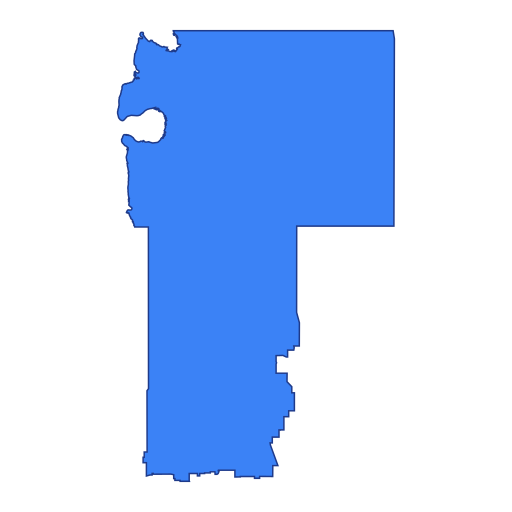 Mount Marshall, Western Australia, Australia (Natural Earth projection)
{"feature_id": "25037944B9675874244357", "entity_name": "Mount Marshall", "entity_type": "district", "adm_level": 2, "iso_a3": "AUS", "parent_name": "Australia", "parent_adm1": "Western Australia", "projection": "natural_earth1", "projection_center": [117.638, -30.294], "detail": "fine", "context": "isolated", "style": "filled", "palette": "blue", "viewbox_px": 512, "rotation_deg": 0, "n_neighbors": 0, "source": "geoboundaries", "source_scale": "gbopen_adm2", "svg_char_len": 5960}
<svg xmlns="http://www.w3.org/2000/svg" viewBox="0 0 512 512"><path d="M134.8,227.0L148.4,227.0L148.5,388.7L147.0,390.7L147.1,452.0L144.2,452.0L144.2,457.3L143.1,457.3L143.1,462.7L146.4,462.7L146.4,476.0L149.9,475.0L152.1,475.0L152.1,473.4L153.2,473.4L153.2,474.2L170.9,474.1L173.7,474.7L173.7,478.6L174.9,478.6L174.9,480.4L180.1,480.4L180.1,481.3L189.4,481.3L189.2,480.7L189.2,473.5L197.4,473.5L197.4,475.9L199.7,475.9L199.7,473.5L204.6,473.5L204.6,472.9L210.3,472.9L210.3,471.8L214.9,471.8L215.1,474.3L217.0,474.3L218.1,473.6L218.6,472.5L219.0,471.3L218.2,470.8L218.4,470.2L234.9,470.2L234.9,477.0L240.3,476.9L240.3,476.5L254.5,476.5L254.5,478.3L259.6,478.3L259.6,476.4L272.7,476.5L272.8,465.6L277.9,465.6L270.4,445.0L270.1,442.9L272.3,442.9L272.3,437.1L279.0,437.1L279.0,429.9L280.2,429.9L280.4,430.1L280.7,429.9L283.9,429.9L283.9,416.7L288.7,416.7L288.7,410.8L294.4,410.8L294.4,392.8L291.8,392.8L291.8,386.7L287.0,381.7L287.1,373.2L276.1,373.2L276.1,364.0L276.5,363.0L276.5,362.4L276.1,361.7L276.1,355.6L282.9,355.4L286.3,357.0L287.6,357.0L287.6,350.1L293.8,350.1L294.2,347.7L293.8,346.0L299.3,346.0L299.4,322.7L296.6,312.4L296.7,226.1L393.9,226.1L394.4,38.8L393.1,30.7L173.3,30.7L173.5,31.8L174.0,32.0L174.2,33.2L173.3,33.8L173.7,35.1L174.5,35.3L175.1,34.1L175.7,34.8L176.6,35.4L177.5,36.7L177.7,37.5L176.4,37.0L177.4,38.9L177.6,43.9L178.4,44.4L179.0,44.0L179.7,44.7L180.5,44.7L180.1,46.2L179.5,46.8L179.0,46.7L177.5,47.8L176.7,48.1L176.6,48.9L177.3,49.2L175.5,51.6L174.1,51.3L174.3,50.9L175.0,50.7L174.7,50.4L173.7,50.0L172.2,50.6L172.5,51.0L172.2,51.6L169.8,51.5L168.5,50.9L166.2,50.6L166.1,50.3L166.6,49.8L167.5,49.8L168.1,49.5L167.3,48.9L167.0,48.2L166.9,47.7L167.2,47.3L164.4,47.0L163.9,46.5L163.1,46.9L162.1,47.0L161.6,46.6L159.5,45.8L158.5,44.8L157.8,44.6L156.8,44.7L156.5,44.5L156.4,44.2L156.8,44.0L156.6,43.7L155.7,43.1L154.1,42.6L152.0,41.0L152.2,40.5L150.9,40.2L150.2,40.7L149.7,41.6L148.4,41.2L145.6,38.2L142.6,33.9L143.2,34.2L143.4,34.0L143.3,33.0L142.9,32.4L141.9,32.3L140.9,32.5L140.2,33.4L139.9,34.9L140.9,36.6L142.6,37.3L142.4,37.8L142.4,38.5L140.9,38.7L139.6,37.9L139.0,38.0L138.6,38.5L138.4,39.1L138.8,39.6L138.4,41.3L138.6,42.1L137.1,45.6L136.8,47.8L137.0,48.5L136.3,50.2L136.4,50.5L135.7,51.3L135.6,52.7L134.7,53.9L134.6,55.8L134.0,61.1L134.2,61.9L134.1,62.8L134.3,64.5L135.8,65.9L135.7,66.6L136.6,69.4L138.9,70.9L139.1,72.0L138.6,72.9L137.3,73.0L135.7,72.3L135.3,71.4L134.3,72.1L134.4,72.8L134.0,75.4L134.3,75.9L134.7,75.7L134.8,74.6L135.2,73.9L135.8,74.6L135.8,75.3L135.0,76.5L135.3,77.3L137.6,78.0L138.0,77.6L138.1,77.3L139.2,78.2L139.0,78.6L137.6,78.5L136.5,78.8L136.3,78.4L135.1,78.1L134.4,78.2L134.1,78.8L134.3,79.1L134.3,79.7L133.3,80.1L133.1,81.2L131.9,82.2L131.0,82.2L130.7,82.5L129.7,82.7L128.6,83.2L127.2,83.3L126.0,84.1L125.5,83.7L124.5,84.0L122.8,85.0L121.9,87.0L122.1,87.6L122.0,88.7L121.7,90.2L121.3,90.8L121.1,92.7L120.8,93.2L120.7,94.2L119.2,97.7L119.3,98.4L119.0,99.6L118.9,101.8L119.1,105.5L118.7,106.3L118.8,107.0L118.0,109.5L117.9,110.7L117.6,111.6L117.6,113.4L118.7,117.8L120.2,119.7L121.6,120.5L122.8,120.7L124.1,119.9L127.0,116.7L127.7,116.3L131.2,115.3L136.8,115.7L138.2,115.6L140.2,115.0L141.4,113.9L142.9,112.9L145.1,110.7L147.3,109.4L150.1,108.6L151.4,108.5L154.8,107.6L154.0,108.7L154.1,108.9L155.2,109.1L156.4,109.8L157.2,109.7L157.4,109.6L155.9,108.4L156.5,108.2L156.9,107.7L156.8,108.2L158.4,108.4L158.9,108.9L158.8,110.2L158.5,110.7L158.8,111.3L159.9,111.7L160.1,111.2L159.9,110.5L162.4,112.3L163.4,113.3L164.0,114.8L164.4,114.9L164.7,114.6L164.4,115.3L165.4,115.8L165.2,116.3L164.5,116.7L165.1,117.3L165.7,117.0L166.1,117.4L165.9,117.8L165.5,117.8L165.0,118.0L165.0,118.5L165.8,118.9L166.0,118.4L166.4,118.6L166.5,118.9L166.3,119.3L165.5,119.9L165.8,120.4L166.5,120.7L165.5,121.4L165.7,122.1L165.1,122.7L165.9,123.3L165.0,123.8L165.0,124.3L166.8,125.1L165.7,125.1L165.4,125.3L165.2,126.1L165.6,127.4L165.3,127.9L165.3,128.3L164.5,129.7L164.9,129.4L164.9,129.7L164.2,130.7L164.6,131.7L165.0,131.9L165.3,131.9L165.3,132.2L165.6,132.3L165.6,132.7L165.4,132.8L165.2,132.4L164.5,132.4L164.3,132.6L164.3,133.6L165.0,134.6L165.0,135.4L164.5,135.7L164.5,135.0L164.1,135.0L163.8,136.0L164.0,136.5L163.8,136.6L163.6,135.9L163.8,135.5L163.3,134.8L163.2,134.9L163.3,135.8L162.6,137.2L163.1,137.4L163.5,137.1L163.3,137.9L163.0,137.9L162.7,138.3L161.7,137.8L160.9,138.6L160.8,139.4L160.4,139.9L158.5,141.8L157.5,142.4L152.7,143.0L149.1,142.0L148.9,141.7L145.9,142.2L143.8,141.4L144.1,141.3L144.0,140.9L143.7,140.6L143.2,140.6L142.6,141.5L142.4,141.2L140.5,141.2L140.0,141.7L138.6,142.0L136.7,141.4L135.6,140.7L134.3,139.4L133.3,137.8L130.9,136.0L127.9,134.8L127.6,134.9L127.7,135.2L127.4,135.1L127.0,135.2L126.9,135.1L127.3,134.9L126.3,134.6L125.9,134.7L126.0,134.9L126.7,135.2L126.2,135.2L125.1,134.6L124.1,134.7L123.6,135.0L122.7,136.6L122.4,138.0L121.6,139.3L121.7,141.5L122.4,143.0L123.4,143.9L124.7,145.5L126.6,146.4L127.3,147.2L127.3,147.7L127.7,147.5L128.2,147.8L128.2,148.3L127.9,148.8L126.4,150.0L128.1,149.3L128.2,149.7L127.5,151.3L127.4,153.1L126.3,156.7L126.3,157.8L126.7,159.6L126.7,160.5L127.5,162.2L127.2,163.1L127.8,163.1L127.9,163.3L127.3,164.1L127.4,166.0L127.9,167.8L128.2,170.0L128.5,171.0L128.5,171.8L128.3,172.4L128.7,172.3L128.4,173.4L128.8,176.0L128.5,177.1L128.6,177.8L128.4,178.7L128.6,180.2L128.3,181.3L128.4,184.2L127.9,187.0L127.9,188.6L128.1,190.3L128.0,191.7L128.3,193.2L128.2,194.1L128.8,197.7L129.1,198.0L128.8,198.1L128.7,198.7L128.4,199.3L128.6,199.5L128.6,200.5L129.1,199.9L129.1,202.9L128.8,205.1L130.7,207.0L131.5,207.4L131.8,207.8L131.9,208.6L131.7,209.4L131.3,209.8L130.2,210.1L128.8,209.9L127.7,210.1L127.1,210.9L126.4,212.5L126.5,212.7L127.3,212.5L127.5,212.6L127.7,213.1L128.3,213.2L129.3,212.5L128.8,213.0L129.6,215.7L130.7,217.3L130.5,217.7L131.1,218.9L132.1,219.5L132.5,220.0L132.4,221.0L132.7,221.2L132.6,221.6L133.0,221.7L133.3,221.2L133.0,222.7L133.4,222.9L134.0,224.7L133.9,225.6L134.8,226.5L134.8,227.0Z" fill="#3b82f6" stroke="#1e3a8a" stroke-width="1.5"/></svg>